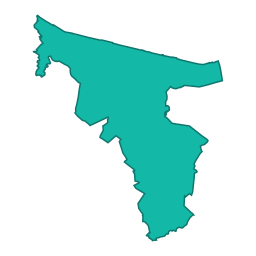 the district of Krimūnu pag., Dobele, Latvia
{"feature_id": "27541924B60795581291869", "entity_name": "Krimūnu pag.", "entity_type": "district", "adm_level": 2, "iso_a3": "LVA", "parent_name": "Latvia", "parent_adm1": "Dobele", "projection": "albers", "projection_center": [23.378, 56.558], "detail": "fine", "context": "isolated", "style": "filled", "palette": "teal", "viewbox_px": 256, "rotation_deg": 0, "n_neighbors": 0, "source": "geoboundaries", "source_scale": "gbopen_adm2", "svg_char_len": 5516}
<svg xmlns="http://www.w3.org/2000/svg" viewBox="0 0 256 256"><path d="M149.3,238.1L151.8,239.5L152.4,240.6L154.5,240.2L156.5,240.1L156.1,238.6L156.4,238.1L156.7,238.0L158.4,237.8L160.4,236.9L160.8,236.9L163.0,236.5L164.1,236.2L164.8,235.9L165.1,235.6L165.8,234.5L166.9,233.7L167.9,234.1L168.1,234.0L168.2,233.9L168.4,233.4L168.6,232.8L168.5,232.1L168.6,231.7L168.8,231.4L170.7,230.4L171.4,230.5L171.9,230.9L172.3,231.0L172.5,230.9L172.9,230.5L173.2,230.4L173.8,230.4L174.2,230.5L175.2,231.2L175.9,231.2L176.5,229.1L176.9,228.5L177.1,228.3L178.5,227.5L179.3,227.3L181.6,228.0L182.8,227.7L183.2,227.4L184.5,226.0L186.5,224.7L186.8,224.2L187.7,221.4L189.9,217.9L191.0,216.7L192.3,215.5L193.2,214.9L193.6,214.9L192.5,213.5L191.7,213.1L184.0,205.8L184.1,204.5L184.6,196.1L185.4,197.0L189.5,193.6L191.5,195.2L192.6,192.0L193.9,179.8L193.9,179.7L194.1,179.0L194.4,173.4L194.6,173.2L196.7,172.3L197.0,171.8L197.0,171.6L196.4,170.5L193.7,168.7L194.9,166.0L194.9,165.8L194.8,165.5L194.0,164.2L195.5,161.0L200.0,153.7L201.7,151.9L202.0,151.6L201.9,151.5L200.9,149.0L200.4,146.1L202.5,144.9L203.9,144.7L204.7,144.3L207.4,141.9L208.0,140.6L206.5,139.0L202.5,136.3L192.6,128.5L189.4,126.0L177.8,124.2L177.6,124.3L171.8,123.2L169.4,120.4L166.1,117.2L164.9,116.7L165.1,116.4L165.1,116.2L164.9,115.7L164.9,115.4L165.0,115.3L165.3,115.0L166.3,114.8L166.4,114.5L166.3,114.3L165.9,114.1L165.5,114.1L165.1,114.4L164.8,114.4L164.8,114.0L165.0,113.7L165.0,112.4L165.1,112.2L165.3,112.1L165.5,112.2L165.9,112.5L166.2,112.9L166.4,112.8L166.6,112.7L166.8,112.1L166.3,111.6L166.2,111.4L166.3,111.2L167.0,111.1L167.7,111.4L168.0,111.3L169.3,110.1L169.5,109.5L169.2,108.8L169.2,107.5L169.0,107.0L168.7,106.5L167.8,105.8L167.4,105.7L166.8,105.8L166.0,106.2L165.8,106.2L165.6,106.1L165.7,105.5L165.7,104.9L165.6,102.6L165.6,101.8L166.9,99.4L166.9,98.3L166.9,98.0L167.0,97.5L167.0,96.2L166.1,92.1L166.1,91.8L169.2,88.2L169.8,87.4L170.4,86.5L171.2,87.1L171.6,87.6L173.8,88.4L175.5,88.7L176.5,88.6L180.3,87.2L180.7,87.6L183.5,85.8L183.6,86.1L184.6,85.4L199.3,86.9L207.8,84.8L214.9,82.7L222.4,80.7L220.5,69.4L220.1,67.4L219.7,65.5L218.5,62.0L218.3,61.0L216.1,61.6L213.7,62.7L212.5,62.5L212.4,62.2L209.5,63.2L209.4,62.7L204.8,64.2L203.7,64.4L202.7,64.5L199.4,64.2L192.8,62.8L179.2,59.5L179.2,59.3L177.0,58.8L177.0,58.4L176.6,57.9L172.4,57.1L172.3,57.5L170.7,57.1L165.1,55.9L165.1,56.1L163.3,55.6L163.3,54.9L162.1,54.7L162.0,55.3L154.4,53.5L150.8,52.7L150.6,52.5L150.6,52.4L148.4,51.8L148.1,52.0L143.9,50.9L144.0,50.6L141.9,50.0L141.9,50.3L140.9,50.1L117.8,44.6L117.7,44.4L112.8,43.3L112.8,42.7L102.2,40.1L99.9,40.1L90.8,38.0L88.9,37.6L76.5,34.4L72.0,33.4L72.1,33.2L71.1,33.0L65.7,32.1L63.7,31.3L53.3,24.8L53.0,25.5L51.2,24.4L49.7,23.4L46.2,21.4L42.9,19.3L41.7,18.5L39.0,16.8L39.1,16.6L37.6,15.4L36.8,16.1L37.6,18.5L37.2,20.6L37.1,21.1L37.8,21.1L34.6,24.6L34.1,25.4L34.5,26.4L34.3,26.8L34.5,27.4L38.5,30.8L38.7,31.2L38.1,31.6L38.5,32.1L38.3,32.3L38.5,32.6L38.8,32.8L39.1,33.1L40.7,35.1L41.9,36.3L41.2,36.8L41.0,36.5L40.5,36.9L40.1,36.4L39.4,36.9L40.2,37.9L40.7,37.5L41.1,38.1L39.9,39.0L42.3,42.5L42.9,43.5L41.0,44.5L36.4,49.7L37.3,50.5L36.3,51.8L35.0,51.3L33.9,51.6L33.6,51.6L33.7,51.9L34.4,52.1L36.3,53.1L37.9,54.2L38.6,54.6L38.9,55.0L39.1,55.7L39.2,56.2L39.1,56.5L38.9,56.7L38.2,57.4L38.2,57.7L39.1,58.4L39.2,58.6L39.2,59.1L39.7,60.0L39.5,60.4L39.1,60.7L37.8,60.8L37.5,60.9L37.4,61.2L37.3,62.1L37.3,62.5L37.6,62.7L38.2,62.7L38.5,62.9L38.7,63.0L38.8,63.2L38.8,63.4L38.7,63.8L38.4,64.5L37.3,65.7L37.3,66.2L37.3,66.3L37.6,66.6L38.5,66.7L38.7,66.9L38.9,67.3L38.8,67.7L38.7,68.0L36.9,70.2L36.7,70.7L36.3,71.5L35.8,74.0L35.9,74.5L36.3,75.4L36.5,75.5L38.3,75.0L40.6,75.3L41.0,75.4L41.1,75.6L41.1,75.8L41.0,76.4L41.1,76.7L41.3,76.9L41.6,76.9L42.3,76.7L42.6,76.3L43.5,75.7L44.3,75.3L44.8,74.8L44.9,74.3L44.8,74.1L44.8,73.8L44.9,73.5L44.9,72.9L44.9,72.7L44.6,72.4L43.8,72.0L43.6,71.8L43.6,71.6L44.6,69.9L45.2,69.3L45.3,69.0L45.4,68.7L45.2,67.6L45.4,67.2L46.0,66.9L46.3,66.9L47.0,67.2L47.7,66.7L48.0,66.3L48.0,66.1L47.9,66.0L47.7,65.6L47.5,65.4L46.3,65.1L46.2,64.9L46.3,64.5L47.4,63.9L48.2,63.7L49.8,63.8L50.1,63.6L50.5,63.1L50.5,62.9L50.1,62.2L49.0,59.1L48.3,57.8L48.5,56.8L48.6,56.5L50.5,56.2L51.5,58.2L52.0,59.2L52.3,59.6L53.1,60.3L54.8,61.1L55.9,61.4L57.0,61.5L58.6,61.2L59.4,61.2L64.1,64.0L67.7,65.7L68.8,66.8L70.2,68.4L70.3,68.6L70.2,70.8L70.5,73.3L70.8,74.5L71.5,75.8L72.2,76.5L75.2,79.1L78.1,82.1L79.0,82.7L80.4,83.3L79.5,88.0L78.2,97.4L77.3,101.6L77.3,102.2L76.5,105.4L75.6,108.7L75.8,111.7L75.0,112.9L77.6,116.1L82.5,120.4L85.0,121.0L85.3,121.2L88.7,124.1L90.1,125.5L107.9,117.1L108.3,118.7L108.0,119.0L107.6,119.5L107.7,121.9L107.7,122.5L107.2,123.1L102.9,126.0L103.2,129.1L103.2,130.0L103.2,130.3L101.1,134.3L100.3,135.8L100.0,137.5L102.1,138.7L108.0,142.7L114.9,136.7L116.2,135.8L120.2,138.9L120.8,139.3L119.4,141.4L119.6,142.6L120.0,143.6L123.0,153.1L125.4,156.6L127.0,159.5L126.9,159.7L125.0,161.1L124.4,162.0L134.4,169.8L134.6,170.4L134.6,170.8L134.3,171.3L134.1,171.4L133.7,171.4L133.4,171.0L133.2,171.1L133.1,171.3L133.2,171.6L133.5,171.9L133.9,173.0L134.5,173.3L135.1,181.1L136.4,181.3L138.0,181.8L139.0,182.6L138.5,183.2L138.2,183.3L134.0,185.4L135.8,188.2L136.8,188.9L144.7,193.6L138.0,203.5L138.8,208.5L143.1,214.7L142.5,215.6L143.0,216.5L142.9,218.9L142.8,219.6L142.8,221.5L144.0,221.5L144.6,221.8L145.1,222.2L147.5,224.5L148.1,225.4L148.5,226.3L149.7,232.2L149.8,232.5L150.1,232.9L150.0,233.0L149.4,232.4L146.5,235.4L147.2,236.0L147.4,236.0L148.7,235.9L148.7,236.8L149.3,238.1Z" fill="#14b8a6" stroke="#0f766e" stroke-width="1.5"/></svg>